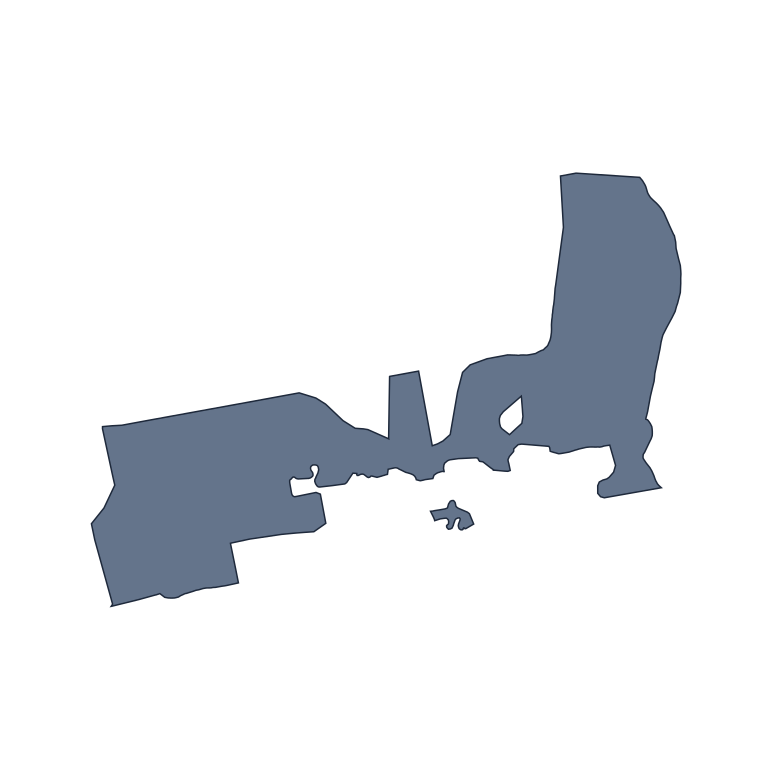 As Safra, Sa`dah, Yemen (Mercator projection), rotated 260°
{"feature_id": "15242507B71056496150063", "entity_name": "As Safra", "entity_type": "district", "adm_level": 2, "iso_a3": "YEM", "parent_name": "Yemen", "parent_adm1": "Sa`dah", "projection": "mercator", "projection_center": [43.803, 16.995], "detail": "fine", "context": "isolated", "style": "filled", "palette": "slate", "viewbox_px": 768, "rotation_deg": 260, "n_neighbors": 0, "source": "geoboundaries", "source_scale": "gbopen_adm2", "svg_char_len": 6056}
<svg xmlns="http://www.w3.org/2000/svg" viewBox="0 0 768 768"><g transform="rotate(260 384 384)"><path d="M558.2,593.9L507.1,587.9L452.1,570.4L448.4,569.1L445.2,568.3L439.4,566.8L438.4,566.6L435.4,565.7L433.0,565.0L430.9,564.2L427.4,563.1L424.7,562.4L423.1,561.8L420.8,561.3L418.4,560.5L416.5,560.0L413.3,559.2L411.4,558.9L408.8,558.5L405.6,557.8L401.5,556.5L399.6,555.7L398.1,555.0L395.3,553.1L393.8,552.2L392.6,550.9L391.7,549.3L390.0,546.9L389.6,544.5L388.6,541.1L387.7,538.6L387.6,534.9L387.6,531.2L387.7,529.5L388.4,526.2L388.8,523.7L388.8,521.8L389.0,520.8L389.5,519.0L390.0,516.5L390.7,513.3L391.1,511.1L391.2,510.8L391.1,505.4L391.1,503.3L391.0,490.0L387.9,472.2L381.8,463.4L363.5,455.1L322.7,440.4L317.6,432.1L315.7,426.2L314.8,420.8L390.7,420.3L390.5,390.9L390.4,390.8L329.6,379.1L329.2,379.1L341.9,360.2L343.4,355.9L345.4,347.9L355.0,337.3L374.3,323.0L382.0,314.5L390.0,298.9L389.7,253.1L389.4,197.8L389.1,140.9L388.9,118.7L390.1,108.7L390.9,99.4L388.9,99.0L339.3,100.9L331.1,101.3L310.5,86.7L297.2,71.6L280.7,72.1L227.8,77.2L214.3,78.5L212.4,76.7L212.4,77.1L214.3,105.3L215.9,121.9L215.9,122.9L216.5,126.9L214.1,129.1L212.0,131.0L210.8,134.3L210.1,137.4L209.7,140.2L209.7,141.9L209.9,144.6L210.9,147.0L211.5,149.5L212.1,151.5L212.1,153.1L212.7,157.6L212.9,159.4L213.2,161.3L213.5,163.1L213.5,165.7L213.7,167.6L214.0,170.1L214.0,173.5L213.3,178.1L213.3,180.5L213.0,182.5L213.0,187.5L213.0,189.5L212.9,191.7L212.9,194.1L213.4,206.1L227.1,205.8L253.8,205.1L253.9,206.0L254.6,224.8L253.7,257.0L252.6,270.7L251.6,280.8L250.7,289.3L256.9,302.5L286.6,302.2L289.0,298.2L288.5,279.3L288.5,276.9L288.6,276.1L289.2,275.2L290.2,274.5L291.3,274.1L293.0,274.0L303.0,274.0L305.2,274.3L306.1,275.0L306.5,276.0L308.0,277.8L308.1,278.8L307.7,279.8L306.8,280.5L306.1,281.3L305.4,282.9L304.2,292.8L304.1,293.2L304.3,295.3L305.1,296.9L305.7,297.8L306.6,298.3L308.5,298.4L309.5,298.2L310.4,297.7L312.1,297.0L313.9,297.0L315.4,297.6L316.0,298.5L316.6,299.8L316.4,301.5L316.1,302.7L315.4,304.0L314.4,304.6L313.2,304.8L310.9,304.8L307.9,303.5L303.8,300.6L303.5,300.6L302.1,299.4L300.2,298.9L297.6,299.3L295.3,300.3L294.1,301.4L293.7,302.8L292.9,315.7L292.4,328.1L293.4,330.1L295.0,331.6L301.3,337.6L301.6,337.9L301.3,339.0L301.0,340.2L300.6,341.7L299.4,341.4L298.6,341.7L298.4,342.6L298.6,343.5L299.1,345.3L299.1,346.9L298.5,348.4L297.0,349.8L295.3,351.3L294.6,352.4L294.7,353.8L295.6,355.2L295.4,356.2L293.3,360.9L293.5,363.2L293.7,365.4L294.0,367.3L294.0,368.1L294.2,369.2L294.4,371.3L294.4,371.7L299.3,373.3L299.6,380.4L299.2,381.9L298.6,383.0L297.7,383.9L296.3,385.9L293.2,390.1L292.4,391.9L291.5,393.7L290.6,395.3L289.4,397.0L287.9,398.2L287.2,398.5L285.8,399.0L284.1,399.2L283.8,399.9L282.7,402.2L282.4,403.1L282.5,405.8L282.7,407.9L282.4,415.7L285.5,417.4L285.8,418.0L286.6,419.6L287.3,421.5L287.4,422.7L287.7,424.5L287.8,426.4L287.3,427.8L287.3,428.0L290.8,428.0L293.8,428.9L295.5,430.0L297.4,433.3L297.9,435.5L297.6,444.2L295.4,461.6L294.9,462.9L294.6,463.5L293.9,463.7L293.0,463.9L291.3,464.7L291.2,465.0L290.9,465.7L290.3,467.7L289.9,468.1L289.1,468.9L287.2,470.6L285.1,472.5L282.7,474.7L282.2,475.2L280.4,477.1L280.1,476.9L279.8,478.3L277.4,487.1L277.2,487.9L276.5,490.8L276.9,493.3L283.7,493.1L286.0,492.9L287.9,492.9L290.9,494.9L295.0,499.9L297.7,500.6L301.0,505.6L300.9,509.2L294.1,535.1L293.9,535.6L292.5,536.1L288.9,536.0L288.4,536.9L286.9,539.8L286.9,540.0L285.0,543.8L284.9,544.5L284.8,546.6L284.8,548.5L284.8,550.5L284.8,552.4L284.8,554.5L285.1,556.5L285.3,558.3L285.7,560.9L285.8,562.5L286.1,564.4L286.2,566.2L286.3,568.1L286.4,570.0L286.5,571.9L286.4,573.7L286.2,575.8L285.9,577.8L285.5,579.7L285.1,581.6L285.0,582.4L284.9,583.6L284.4,585.5L284.4,587.8L284.7,589.6L284.7,592.0L284.6,594.3L284.6,594.8L284.6,595.7L263.6,597.9L257.3,594.8L253.0,589.5L251.8,586.9L251.4,582.9L250.1,579.0L246.7,576.8L239.2,575.5L235.4,577.7L233.7,581.2L233.7,639.1L236.4,637.0L237.8,636.2L238.2,635.9L240.0,635.4L241.2,634.9L244.1,634.3L246.8,633.9L250.1,633.1L252.3,632.5L254.1,631.8L255.1,631.5L260.3,628.7L261.5,628.1L262.5,627.7L263.8,627.1L265.3,626.5L266.3,626.3L267.6,626.5L269.7,627.1L271.6,628.9L275.7,631.8L281.3,635.8L283.7,637.6L286.4,639.1L288.4,639.6L290.7,640.0L292.7,640.2L294.1,640.3L295.7,640.3L296.6,640.0L297.7,639.7L299.0,639.3L300.0,638.8L301.0,638.4L302.3,637.7L303.1,637.1L303.9,635.7L304.7,635.9L307.2,637.1L311.0,638.8L325.8,644.3L333.9,647.8L339.7,650.4L343.4,651.5L347.2,652.5L359.3,657.3L360.9,658.1L364.0,659.2L370.2,661.7L377.0,664.1L381.6,666.1L384.0,667.3L390.4,672.1L399.1,679.0L404.9,683.3L406.4,684.0L409.6,685.5L412.6,687.2L416.2,688.8L422.6,691.7L431.5,693.7L436.8,694.6L440.7,695.5L443.8,695.9L449.2,696.4L456.5,695.8L466.8,695.2L473.2,695.9L479.9,695.7L480.7,695.2L490.2,692.7L497.2,691.0L504.4,689.2L509.4,687.0L512.2,685.4L514.9,683.6L517.1,681.9L518.7,680.7L520.4,679.5L521.4,678.8L522.7,678.2L524.9,677.3L526.7,676.8L532.8,676.1L535.1,675.5L539.5,673.8L543.1,671.7L558.3,609.7L558.2,593.9ZM319.4,492.4L321.4,491.3L324.9,491.0L327.3,491.2L329.8,491.6L332.8,493.1L336.0,496.7L348.2,517.1L346.7,517.0L336.0,516.0L331.4,515.5L327.9,515.2L321.3,512.9L317.2,506.4L312.3,498.8L319.4,492.4ZM243.3,443.9L248.7,435.6L250.0,434.3L251.2,433.6L251.4,433.6L254.6,433.5L255.1,433.4L255.7,433.1L256.7,432.6L257.2,432.1L257.4,430.6L257.0,428.9L254.6,426.7L251.0,425.0L250.7,424.1L250.4,422.4L250.4,417.9L250.4,416.6L250.5,412.8L250.5,411.6L250.4,410.0L250.6,407.7L244.5,409.5L242.1,410.1L240.6,410.2L241.4,416.1L241.2,421.0L241.0,422.2L240.3,422.9L239.1,423.7L237.4,423.8L235.3,423.3L234.8,422.9L234.2,421.8L233.7,421.1L233.3,421.0L232.6,420.9L231.7,421.0L229.8,422.2L229.7,424.0L230.2,425.9L232.6,427.6L232.9,427.8L234.1,428.3L235.0,428.8L235.5,429.1L237.8,430.4L238.7,431.5L239.2,433.3L239.1,435.0L238.3,435.5L237.5,435.5L236.4,435.0L233.2,433.1L231.5,432.5L229.7,432.6L228.5,432.9L227.8,433.5L227.1,434.3L226.8,435.6L227.0,436.3L227.3,436.7L227.8,436.8L228.4,437.3L228.3,437.8L228.0,438.4L227.5,438.5L227.4,439.0L227.3,439.3L230.5,448.0L239.6,446.0L241.4,445.6L243.3,443.9Z" fill="#64748b" stroke="#1e293b" stroke-width="1.5"/></g></svg>